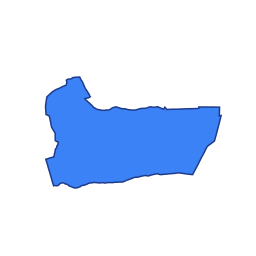 the district of Sanislau, Satu Mare, Romania, rotated 335°
{"feature_id": "2599482B43386440731502", "entity_name": "Sanislau", "entity_type": "district", "adm_level": 2, "iso_a3": "ROU", "parent_name": "Romania", "parent_adm1": "Satu Mare", "projection": "mercator", "projection_center": [22.273, 47.65], "detail": "fine", "context": "isolated", "style": "filled", "palette": "blue", "viewbox_px": 256, "rotation_deg": 335, "n_neighbors": 0, "source": "geoboundaries", "source_scale": "gbopen_adm2", "svg_char_len": 5610}
<svg xmlns="http://www.w3.org/2000/svg" viewBox="0 0 256 256"><g transform="rotate(335 128 128)"><path d="M217.7,156.0L217.5,155.9L215.9,155.6L218.7,150.0L219.8,147.8L218.7,147.3L216.7,146.3L212.8,144.4L211.4,143.7L210.1,143.2L208.4,142.3L207.3,141.8L206.3,141.3L206.2,141.3L203.2,139.9L201.1,138.9L200.7,140.0L199.2,139.7L196.9,138.7L193.5,137.3L193.5,137.2L192.6,136.8L192.4,136.7L190.4,135.9L188.0,134.8L186.7,134.3L179.7,131.4L178.4,130.8L176.6,129.9L175.6,129.5L174.4,129.0L171.7,127.9L171.3,127.8L171.0,127.7L170.8,126.8L170.2,124.7L169.0,125.5L168.9,125.6L168.5,125.8L168.0,126.1L166.9,124.5L166.5,124.2L165.4,123.0L164.7,122.2L164.2,121.6L163.9,121.3L163.6,121.2L163.4,121.0L163.1,121.0L162.7,120.9L161.4,120.6L160.9,120.4L160.2,120.1L159.3,119.6L158.9,119.5L158.6,119.3L158.4,119.1L158.2,119.0L158.0,118.7L157.8,118.5L157.6,118.4L157.3,118.2L157.0,118.1L156.7,118.1L155.9,118.0L155.4,117.9L154.6,117.8L153.7,117.8L152.9,117.7L152.2,117.5L151.2,117.1L150.4,116.8L149.4,116.3L148.5,116.0L147.3,115.6L146.5,115.5L145.1,115.3L143.4,115.0L142.3,114.8L141.7,114.6L140.9,114.2L140.4,114.0L139.2,113.4L136.2,111.6L135.4,111.1L135.0,110.7L133.9,109.6L132.8,109.0L131.4,108.3L130.3,107.7L130.0,107.3L129.6,107.0L129.2,106.6L128.0,105.5L127.8,105.3L127.3,104.9L126.7,104.3L126.5,104.1L126.3,103.9L125.7,103.7L125.2,103.5L124.9,103.4L123.7,103.3L122.4,103.2L121.7,103.2L120.4,103.5L119.3,103.6L119.0,103.6L117.9,103.5L117.5,103.4L117.4,103.3L117.1,103.2L116.4,102.6L116.2,102.6L115.2,102.3L114.7,102.2L114.0,102.0L113.6,101.8L112.4,101.2L112.0,101.0L111.7,100.8L110.2,99.7L109.1,98.9L108.0,98.1L107.7,97.8L107.0,96.9L105.8,95.0L105.6,94.8L105.4,94.1L105.2,93.6L104.5,91.4L103.3,88.6L102.7,87.2L102.0,85.5L101.3,84.1L101.3,83.9L101.3,83.2L103.4,83.6L104.8,83.9L106.0,84.0L107.0,83.7L106.9,83.5L106.9,83.4L106.9,82.8L106.9,82.3L107.0,81.9L107.0,81.4L106.9,80.5L106.7,79.2L106.6,78.1L106.6,77.7L106.4,76.3L106.3,75.3L106.1,74.9L105.9,74.5L106.0,73.4L106.1,70.6L106.2,68.2L106.2,67.2L106.2,66.7L106.2,66.2L105.8,65.1L105.8,64.4L105.8,63.9L105.8,63.4L105.8,62.9L105.8,62.1L105.8,61.5L105.8,61.4L104.8,61.0L101.8,59.8L100.4,59.3L99.8,59.2L99.3,59.0L99.1,59.0L98.5,59.2L97.2,59.3L96.7,59.3L95.3,58.9L94.8,58.5L93.6,58.4L92.3,58.6L92.2,59.4L91.9,60.6L91.4,61.5L90.0,63.0L89.4,63.0L87.0,62.8L86.6,62.8L84.7,62.8L83.9,62.9L82.9,63.0L81.4,62.8L80.3,62.8L77.9,62.8L77.4,62.9L76.4,63.0L75.1,63.2L74.0,63.4L72.4,64.0L71.7,64.1L69.6,64.9L68.8,65.1L67.5,65.6L65.8,68.2L65.0,69.3L63.7,71.5L62.8,72.7L62.5,73.3L61.1,76.7L60.4,78.6L59.4,81.2L60.7,82.6L61.7,84.0L61.5,84.9L60.9,87.5L59.9,91.6L59.4,93.5L59.0,95.2L59.3,97.1L59.5,99.0L59.7,101.5L59.8,101.9L59.6,102.4L58.7,104.3L58.5,104.8L57.8,106.3L56.9,108.2L56.8,108.7L57.6,110.0L58.0,110.4L58.8,111.0L58.2,112.2L57.5,113.4L56.1,114.1L55.0,115.7L53.2,116.5L51.7,118.8L50.9,119.8L50.0,120.9L49.0,122.3L48.4,123.0L47.4,122.6L45.4,122.3L43.3,122.0L41.2,121.8L40.3,121.6L40.0,123.4L39.8,125.3L39.4,127.9L39.3,128.5L39.0,130.3L38.9,130.8L38.6,133.0L38.2,135.7L38.0,137.1L37.6,139.5L37.3,141.2L36.8,144.3L36.7,145.1L36.3,147.9L36.2,148.8L36.5,148.7L37.4,149.3L38.6,150.0L38.9,150.2L39.6,150.4L39.9,150.5L40.6,150.4L41.0,150.5L41.8,150.0L42.2,149.9L42.5,149.8L42.9,149.7L44.2,149.8L44.9,149.8L45.2,149.9L45.9,150.3L46.3,150.5L46.7,150.9L47.0,151.2L47.2,151.5L47.3,151.9L47.4,152.0L48.0,152.6L48.2,152.8L48.4,152.9L48.6,153.0L48.8,153.1L49.1,153.4L49.4,153.8L49.6,154.2L49.7,154.4L49.8,154.6L49.9,154.8L50.0,155.2L50.1,155.6L50.4,155.8L50.5,155.9L50.8,156.3L51.2,156.7L51.5,156.9L51.7,157.1L52.3,157.8L52.6,158.1L53.2,158.8L53.7,159.3L54.8,160.0L55.5,160.4L55.8,160.5L56.2,160.6L56.8,160.7L58.4,160.8L59.9,161.0L60.0,161.0L60.8,160.8L61.6,160.6L61.8,160.6L62.1,160.7L62.7,160.9L63.0,161.0L63.3,161.0L63.7,161.1L64.1,161.3L64.3,161.4L64.6,161.4L65.0,161.4L65.9,161.5L66.2,161.5L66.7,161.6L66.9,161.7L67.2,161.5L67.8,161.5L68.2,161.5L68.6,161.5L69.2,161.6L70.2,161.7L70.4,161.8L70.6,161.9L71.0,162.0L71.6,162.2L72.0,162.4L72.4,162.6L72.8,162.7L73.2,162.7L73.6,162.8L73.9,162.9L74.1,162.9L74.7,163.3L76.0,164.0L77.1,164.7L77.3,164.8L77.8,165.1L78.3,165.3L78.7,165.6L79.2,165.9L79.5,166.0L80.1,166.2L80.4,166.3L80.7,166.4L80.9,166.5L81.4,166.5L81.7,166.6L82.2,167.0L83.7,168.1L83.9,168.2L84.2,168.3L84.6,168.4L85.1,168.4L85.4,168.5L85.6,168.5L87.1,169.2L87.7,169.4L88.0,169.6L88.3,169.7L88.4,169.8L88.9,169.9L89.1,170.0L89.5,170.2L89.7,170.4L90.5,170.8L91.0,171.0L92.1,171.3L92.3,171.3L93.3,171.8L94.2,172.1L95.3,172.5L96.1,172.8L96.7,173.1L97.0,173.2L97.2,173.3L98.1,173.7L99.3,174.3L100.4,174.7L100.6,174.8L101.8,174.7L102.3,174.8L103.3,174.8L104.8,174.8L106.0,175.0L106.9,175.1L107.1,175.0L108.3,175.2L109.0,175.2L109.7,175.3L110.4,175.4L110.9,175.4L112.0,175.4L112.5,175.4L113.3,175.6L114.0,175.9L114.4,176.0L115.0,176.3L115.5,176.4L116.1,176.7L116.6,176.8L118.4,177.1L118.9,177.2L119.9,177.4L120.4,177.5L123.1,178.2L123.4,178.3L124.1,178.7L124.6,179.0L125.6,179.7L126.3,180.1L126.9,180.2L128.2,180.3L130.1,180.6L132.8,181.2L133.6,181.4L135.0,181.8L135.3,181.9L135.6,182.2L135.9,182.4L136.6,183.1L136.8,183.3L137.5,183.7L137.6,183.9L139.0,184.5L139.9,184.8L141.0,185.1L142.1,185.6L143.6,186.1L144.4,186.4L145.4,186.7L146.4,187.1L150.4,188.6L152.0,189.1L153.7,189.6L154.1,189.8L154.6,189.9L155.0,190.1L155.5,190.4L157.0,191.3L157.6,191.7L158.3,192.2L158.8,192.5L160.1,193.4L161.0,193.9L161.7,194.4L163.6,195.6L166.9,197.6L170.7,194.6L172.4,193.4L176.9,189.9L182.9,185.2L186.3,182.7L190.4,179.4L191.4,178.7L192.4,178.1L199.6,176.6L200.5,176.4L201.0,176.2L202.3,174.6L206.1,170.2L208.2,167.6L211.8,163.3L214.4,160.1L217.7,156.0Z" fill="#3b82f6" stroke="#1e3a8a" stroke-width="1.5"/></g></svg>